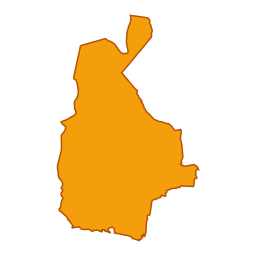 the Province of Sistan and Baluchestan
{"feature_id": "IRN-3247", "entity_name": "Sistan and Baluchestan", "entity_type": "Province", "adm_level": 1, "iso_a3": "IRN", "parent_name": "Iran", "parent_adm1": "", "projection": "mercator", "projection_center": [61.271, 28.254], "detail": "fine", "context": "isolated", "style": "filled", "palette": "amber", "viewbox_px": 256, "rotation_deg": 0, "n_neighbors": 0, "source": "natural_earth", "source_scale": "10m", "svg_char_len": 5429}
<svg xmlns="http://www.w3.org/2000/svg" viewBox="0 0 256 256"><path d="M145.3,17.5L147.1,17.8L147.8,18.1L148.5,18.6L149.6,20.0L149.8,20.7L149.6,22.2L149.6,23.0L149.9,23.7L150.7,25.1L151.0,25.9L151.0,27.0L151.1,27.3L151.6,28.5L152.0,29.7L152.2,30.4L152.2,31.1L152.0,31.9L151.4,33.0L151.5,33.5L151.6,35.9L151.4,36.0L151.4,36.3L151.3,37.0L150.9,37.7L148.3,40.9L144.4,45.6L140.9,49.9L138.3,52.9L135.0,57.0L133.2,59.1L130.7,62.1L125.9,67.9L123.5,70.6L121.7,72.7L124.2,75.7L125.9,77.7L127.9,80.1L130.2,82.9L132.6,85.8L135.2,88.9L135.8,89.4L136.5,89.6L137.0,90.0L137.3,90.9L137.2,91.6L136.9,92.9L136.9,93.6L137.2,94.3L138.1,95.4L138.5,96.0L138.6,96.4L138.7,97.3L138.9,97.7L139.2,98.0L139.5,98.1L139.8,98.2L140.1,98.4L140.4,98.9L140.6,99.5L140.8,100.0L141.4,100.2L141.7,100.5L141.8,100.8L141.7,101.1L141.4,101.4L141.1,101.6L141.1,101.8L141.1,102.0L141.4,102.2L141.8,102.4L142.1,102.7L142.4,103.1L143.7,106.1L143.9,106.8L144.0,107.4L144.1,107.9L145.0,108.9L145.9,110.8L146.8,112.0L150.0,114.9L151.3,116.5L153.3,118.4L154.2,119.5L154.8,119.8L156.7,120.3L158.1,121.2L159.1,121.5L161.2,121.7L162.1,121.9L164.7,123.0L168.8,123.9L169.7,124.3L170.0,124.8L170.3,125.2L170.6,125.7L171.1,125.9L171.6,126.1L172.0,126.3L172.2,126.7L172.4,127.3L172.8,128.0L174.8,130.2L175.4,130.6L180.5,129.5L181.2,130.0L181.3,131.2L180.9,134.8L180.4,138.8L181.0,141.2L181.8,144.6L182.0,146.7L182.2,149.5L182.4,151.3L182.7,154.5L182.8,156.3L182.7,157.8L181.0,161.5L181.6,162.2L181.8,162.6L181.7,163.2L181.6,163.7L181.4,164.1L181.1,164.3L180.6,164.3L181.9,165.5L182.4,165.8L182.7,165.8L183.1,165.5L183.3,165.5L183.5,165.6L184.3,166.0L185.3,166.2L186.1,166.1L187.9,165.8L188.7,165.6L190.3,165.1L191.2,165.1L191.7,165.2L192.1,165.1L193.8,164.6L194.1,164.6L194.5,164.7L195.3,165.5L195.6,165.7L196.4,166.0L196.7,166.2L197.0,166.5L197.5,167.2L198.5,169.5L198.0,169.3L197.3,169.3L196.7,169.6L196.4,170.1L196.2,170.5L195.9,171.0L195.8,171.3L195.7,171.7L195.9,175.7L196.2,176.3L196.6,176.9L196.8,177.4L196.7,178.1L196.3,178.5L195.0,178.7L194.5,179.0L194.3,179.5L194.0,184.6L193.7,186.0L193.0,186.6L192.7,186.6L192.4,186.5L192.2,186.3L191.9,186.2L191.6,186.2L190.7,186.4L189.5,186.4L188.3,186.2L185.5,186.1L183.1,186.0L180.9,186.0L180.6,186.1L180.4,186.4L180.1,187.0L179.8,187.2L179.6,187.3L179.3,187.4L178.4,187.6L178.1,187.6L177.8,187.4L177.4,187.3L177.2,187.5L176.9,187.8L176.7,188.0L176.0,188.2L170.8,188.7L170.6,188.8L170.3,189.0L170.1,189.5L169.9,189.6L169.6,189.7L168.9,189.7L168.6,189.7L168.4,189.8L167.9,190.1L167.7,190.3L167.1,190.5L166.8,190.7L166.6,191.0L166.6,191.3L166.7,191.5L166.8,191.7L166.8,191.9L166.5,192.5L165.5,193.5L165.3,193.9L165.5,194.7L165.8,195.3L165.8,195.8L165.1,196.2L164.0,196.0L162.6,195.5L161.4,195.4L160.9,196.2L160.8,197.1L160.5,197.4L159.2,197.6L158.6,197.8L158.0,198.1L156.9,198.9L153.1,199.9L152.4,200.5L151.9,201.4L151.7,202.5L151.4,204.6L151.1,206.5L150.8,208.6L150.4,211.5L150.1,213.9L149.9,214.5L149.5,215.1L148.9,215.2L148.3,215.2L147.7,215.3L147.0,216.3L147.2,217.5L147.5,218.9L147.4,220.1L147.2,220.3L146.8,220.8L146.6,221.1L146.5,221.6L146.4,223.6L146.2,226.6L146.0,230.0L145.8,232.9L144.8,235.7L144.6,235.2L144.5,234.7L144.0,234.3L143.9,234.1L143.7,234.0L143.4,234.2L143.3,234.4L143.3,234.9L143.2,235.1L143.4,235.3L143.7,235.6L143.9,235.8L143.2,235.7L142.7,235.5L142.2,235.5L141.5,236.0L142.2,236.3L142.5,236.4L142.8,236.7L142.6,237.1L142.1,237.7L142.0,238.1L142.0,238.4L141.7,238.6L141.3,238.9L139.6,239.4L140.0,239.7L139.3,240.6L134.1,238.8L132.3,238.5L132.3,237.9L131.8,237.0L127.5,235.5L122.4,234.6L118.1,233.6L115.2,233.2L114.6,233.0L115.1,232.5L114.4,231.4L114.3,231.0L114.3,229.1L114.2,228.8L113.0,227.6L112.6,227.3L112.0,227.3L111.5,227.3L109.3,228.0L108.8,228.3L108.5,228.8L108.0,229.3L107.8,229.7L107.8,229.9L107.9,230.2L108.0,230.9L108.1,231.0L108.3,231.0L108.7,231.1L109.0,231.1L109.2,231.4L109.5,231.8L109.2,231.7L109.2,231.8L110.1,232.3L110.0,232.7L109.6,232.6L108.6,232.2L107.4,231.7L106.8,231.3L105.4,231.4L104.5,230.6L104.8,230.1L104.9,229.9L104.5,229.7L103.9,229.7L102.8,229.7L101.9,229.9L101.5,230.3L101.5,230.5L102.2,231.1L102.0,231.7L101.1,231.7L100.5,231.3L100.2,231.2L99.1,231.0L98.9,230.8L98.5,230.4L98.0,230.1L96.9,230.2L95.3,230.4L93.7,230.5L92.5,231.4L91.2,230.9L89.9,229.7L88.5,229.3L84.9,229.5L83.5,229.5L81.2,229.0L79.7,227.5L78.6,226.8L76.8,227.2L73.1,227.8L72.3,227.9L72.1,227.1L72.9,226.7L73.0,226.2L73.0,225.7L72.5,225.4L72.2,225.0L71.1,223.2L70.6,222.6L70.2,222.1L70.0,221.4L69.5,220.8L68.5,220.4L67.8,219.7L67.7,218.5L66.7,216.8L60.8,211.6L59.7,210.9L59.3,210.7L59.1,210.1L59.3,209.0L59.8,208.1L60.2,207.9L60.8,206.4L61.0,205.1L61.0,203.0L61.4,202.1L61.8,201.6L61.7,200.4L62.3,199.7L62.8,198.4L62.6,197.1L61.5,195.8L60.9,193.8L61.7,192.2L62.7,191.0L62.6,189.8L61.7,188.9L61.1,188.1L62.0,186.6L62.9,184.0L61.3,180.6L58.9,177.9L58.3,175.5L58.4,173.3L58.2,172.0L57.5,169.1L57.5,165.6L61.1,151.6L61.5,147.6L61.3,135.4L64.8,130.7L65.8,127.5L64.7,125.8L62.1,123.8L61.0,122.0L62.8,121.1L66.3,119.9L73.5,115.7L74.9,114.6L75.8,113.6L75.9,112.3L75.6,110.9L74.7,109.0L74.6,106.1L74.2,103.7L74.6,101.4L77.2,97.4L78.2,93.9L78.3,90.8L77.2,83.3L76.0,80.2L74.6,79.2L73.8,78.5L74.1,75.5L80.5,45.9L81.4,45.4L104.7,38.8L106.4,39.1L107.5,40.2L108.2,40.8L111.1,41.6L114.9,44.4L119.8,51.4L122.3,53.6L126.6,53.4L127.6,53.0L128.1,52.3L128.1,51.1L126.6,44.1L126.4,41.4L127.1,32.0L128.6,26.6L130.5,21.9L131.0,17.5L130.4,15.4L135.7,16.1L141.8,17.0L145.3,17.5Z" fill="#f59e0b" stroke="#b45309" stroke-width="1.5"/></svg>